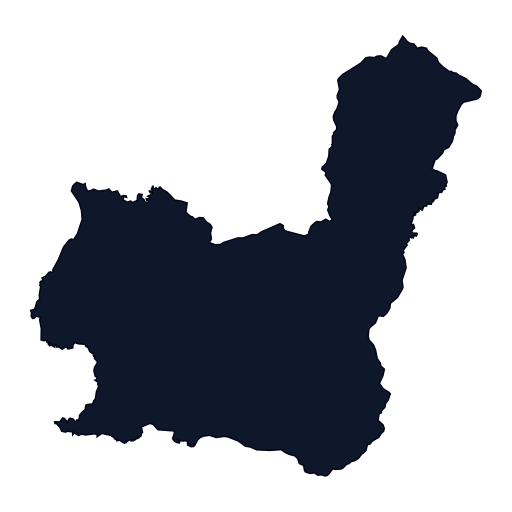 the district of Maros, Sulawesi Selatan, Indonesia
{"feature_id": "22746128B73491405172020", "entity_name": "Maros", "entity_type": "district", "adm_level": 2, "iso_a3": "IDN", "parent_name": "Indonesia", "parent_adm1": "Sulawesi Selatan", "projection": "orthographic", "projection_center": [119.695, -4.965], "detail": "fine", "context": "isolated", "style": "filled", "palette": "ink", "viewbox_px": 512, "rotation_deg": 0, "n_neighbors": 0, "source": "geoboundaries", "source_scale": "gbopen_adm2", "svg_char_len": 5954}
<svg xmlns="http://www.w3.org/2000/svg" viewBox="0 0 512 512"><path d="M333.3,116.4L333.8,120.2L336.7,126.4L336.6,129.6L333.5,132.8L333.9,133.9L332.4,136.2L332.4,143.8L331.8,144.6L332.4,146.3L329.2,149.2L328.8,156.2L326.6,162.7L325.2,164.7L322.2,167.0L321.8,169.2L326.0,172.3L325.3,175.2L331.2,183.7L331.6,185.6L330.8,192.4L329.1,196.9L327.6,203.7L329.0,206.6L327.7,209.8L329.7,215.2L332.2,219.3L329.9,221.7L325.7,219.2L321.0,222.0L316.9,221.5L315.1,222.5L311.1,226.2L308.8,232.0L308.7,234.1L304.4,236.0L285.1,230.9L283.4,228.7L283.2,225.5L280.0,223.7L261.5,231.8L257.1,234.9L252.2,234.6L243.0,238.0L237.9,237.9L222.9,242.7L220.9,244.4L215.3,244.8L210.4,243.0L209.0,241.4L210.5,240.7L211.4,238.8L210.5,233.0L212.0,227.2L210.2,224.4L206.0,221.6L203.3,217.9L199.6,217.5L195.0,219.3L192.2,216.7L190.5,216.4L185.9,212.1L187.2,203.0L181.5,201.1L174.8,200.1L167.3,192.3L162.3,189.3L160.2,187.1L159.3,187.3L159.5,188.4L158.8,188.1L157.8,189.0L156.0,187.7L155.5,188.8L154.1,188.4L152.9,189.0L153.1,186.3L152.6,186.3L151.4,189.3L152.5,191.0L151.1,192.2L150.1,190.8L149.3,191.1L150.2,192.7L153.1,192.7L153.3,193.4L147.7,196.3L149.8,197.6L150.1,199.1L146.2,198.7L146.8,200.6L148.8,201.1L147.8,202.8L145.0,202.0L144.3,200.1L141.4,197.5L142.2,194.5L138.9,193.9L137.5,195.7L137.2,200.5L132.6,202.5L130.6,201.0L127.5,202.2L123.5,200.2L123.2,197.6L124.2,196.8L126.6,197.3L126.1,195.8L123.7,195.6L120.4,196.4L117.3,190.9L111.8,192.3L108.8,188.9L106.7,190.0L98.6,191.1L93.6,189.2L90.1,190.8L87.3,191.0L85.4,186.0L85.2,183.6L83.1,184.6L76.7,182.3L74.3,184.3L72.7,186.2L71.4,190.9L79.1,202.4L81.4,210.3L82.2,219.3L77.5,233.5L74.1,239.0L73.2,239.6L71.3,239.0L69.1,240.1L63.6,246.9L58.3,259.8L52.7,270.0L53.4,271.6L51.6,272.4L50.6,271.9L49.1,272.2L45.5,276.3L42.0,277.9L43.2,281.0L41.1,281.1L39.9,282.3L40.3,283.8L39.8,285.4L40.7,286.2L39.3,294.9L39.6,299.2L37.0,301.5L34.8,308.7L33.3,309.8L30.7,310.3L31.5,312.8L31.2,316.3L32.5,318.4L34.0,318.4L36.1,316.3L40.7,317.3L39.6,319.5L41.3,328.6L41.1,340.0L44.2,340.7L46.9,340.3L46.9,342.1L48.1,343.1L48.6,341.8L49.5,342.0L48.4,344.4L49.8,345.9L50.8,345.3L50.3,343.6L52.3,344.5L52.3,345.8L54.4,346.9L54.0,345.6L55.4,345.4L55.3,344.0L56.0,343.8L56.9,344.6L56.2,345.6L56.5,347.2L58.4,346.7L62.2,349.2L65.0,347.3L67.5,347.5L67.6,348.8L68.7,348.9L72.8,347.9L72.9,344.9L74.9,342.7L78.8,343.9L85.3,344.3L85.5,346.0L88.3,347.9L89.6,351.3L91.9,353.1L92.9,352.8L93.6,356.5L94.9,356.9L94.5,358.4L97.4,361.6L97.0,363.4L94.5,367.4L93.9,370.8L95.2,376.3L97.0,377.0L96.6,379.5L95.0,380.2L98.0,382.3L97.8,384.5L98.7,386.6L96.5,391.4L95.3,399.0L93.6,401.0L92.7,403.9L86.8,404.6L85.8,405.3L85.2,409.5L81.4,412.8L80.1,415.4L79.6,415.2L79.3,418.7L78.5,419.1L78.2,420.3L76.8,420.1L76.7,421.4L75.3,421.5L73.2,419.1L70.1,418.2L68.7,419.2L67.7,422.3L64.3,418.4L62.7,417.9L59.7,421.9L54.6,421.7L55.0,423.5L56.6,423.7L60.1,427.6L61.7,431.2L65.3,432.1L67.6,431.3L72.6,431.9L72.7,434.8L74.2,432.8L78.5,435.5L81.5,434.1L85.6,434.9L94.1,433.9L97.2,434.3L97.1,436.7L101.9,433.4L107.3,434.7L108.8,434.4L109.2,435.1L111.0,435.4L112.6,436.8L114.9,437.5L114.4,438.7L116.1,439.4L117.0,440.9L119.2,440.1L124.4,443.3L125.4,442.4L126.3,442.6L126.8,441.5L129.4,440.1L130.8,439.8L131.2,441.0L132.2,440.1L133.1,440.9L134.2,439.7L134.9,440.0L136.1,438.8L137.3,438.6L137.8,437.6L138.6,438.0L141.1,435.7L141.0,434.2L142.5,432.2L141.3,426.9L150.0,423.4L153.2,424.4L157.8,429.7L174.4,431.0L174.3,433.4L172.6,438.6L174.3,441.0L176.4,442.4L179.3,443.0L179.7,442.0L178.3,440.2L182.0,441.0L186.5,440.8L187.5,441.6L187.6,445.0L191.0,446.7L193.5,446.5L194.6,445.5L197.6,439.9L200.4,437.4L203.6,436.1L209.5,435.3L216.3,437.5L224.1,436.4L227.8,436.9L238.3,441.0L245.3,446.2L250.4,447.0L256.7,449.8L269.9,450.4L281.2,449.6L284.9,452.3L289.0,454.3L294.9,455.9L297.7,458.6L299.3,463.5L303.6,465.4L304.5,470.5L305.4,471.9L309.9,473.4L314.7,472.9L317.7,475.2L321.3,474.8L325.1,475.9L327.0,475.5L328.9,473.9L332.7,468.8L335.0,469.4L341.0,469.0L343.1,467.9L346.7,464.2L348.9,463.7L351.3,461.4L354.7,460.8L358.4,458.4L361.2,454.8L361.1,453.6L362.6,453.7L366.0,450.5L367.3,444.8L370.1,443.9L372.4,441.0L378.8,437.3L381.2,433.5L383.6,431.2L384.3,428.5L383.0,424.8L379.1,421.2L378.0,421.2L379.0,414.0L381.5,412.7L381.5,410.6L384.8,407.4L385.7,403.2L388.1,400.2L390.3,393.8L388.8,392.2L383.2,388.8L379.4,383.3L382.9,375.8L384.4,369.2L380.9,366.1L380.3,363.0L377.2,358.6L375.6,350.2L373.5,345.0L369.0,339.9L368.2,336.3L368.8,329.4L370.0,327.4L375.4,322.9L378.0,316.4L379.5,315.8L383.4,316.3L386.8,313.1L389.8,308.2L390.4,303.3L397.4,297.5L402.4,288.9L403.0,287.1L402.0,280.2L406.1,267.9L404.9,259.5L402.1,253.4L403.4,253.4L404.0,252.5L403.3,250.3L407.1,245.0L406.5,243.3L409.2,240.3L408.8,238.3L410.3,237.1L411.6,237.8L411.8,236.7L413.2,237.8L414.0,235.6L416.3,236.1L417.1,234.3L416.9,233.2L412.8,233.1L411.7,231.8L412.4,229.8L414.6,228.0L413.5,224.5L411.4,225.2L411.6,222.4L413.0,218.3L412.9,216.2L415.6,214.9L415.5,214.0L414.0,213.5L413.8,212.2L416.6,212.7L418.7,211.5L419.2,210.4L418.6,208.4L419.1,208.0L422.2,210.2L423.9,206.2L426.7,206.0L427.1,204.0L431.3,204.3L431.8,202.4L433.6,201.2L434.5,199.1L437.5,197.8L438.5,192.7L441.8,192.2L443.1,189.6L444.9,189.3L444.5,187.1L446.4,186.0L445.9,184.6L447.1,182.2L445.5,174.9L436.6,170.7L435.1,170.6L432.1,168.7L435.1,159.8L436.8,159.1L442.5,153.2L444.0,149.7L448.7,147.3L452.3,141.3L453.5,136.1L455.0,133.0L455.0,129.9L457.7,125.1L455.9,120.7L455.9,116.1L457.8,110.7L461.3,104.4L463.6,102.2L477.7,98.8L480.0,96.5L481.3,91.0L476.8,86.2L472.2,84.1L465.7,78.5L459.1,75.4L456.1,73.1L452.9,72.7L451.3,71.3L449.2,71.5L443.0,66.9L438.4,62.5L437.0,58.3L427.7,50.7L426.4,48.2L421.3,47.1L417.9,48.1L416.9,47.8L414.0,44.1L410.0,43.3L407.4,41.7L402.8,36.1L399.8,41.0L398.6,44.6L391.6,49.7L386.6,58.2L385.7,58.4L381.0,55.9L377.4,56.1L374.1,57.6L369.7,57.1L365.9,57.8L361.1,62.9L342.7,74.5L338.7,78.4L337.8,80.3L339.5,89.4L337.2,95.5L337.4,98.5L338.7,100.4L339.0,102.8L336.8,109.2L334.8,112.1L333.3,116.4Z" fill="#0f172a" stroke="#020617" stroke-width="1.5"/></svg>